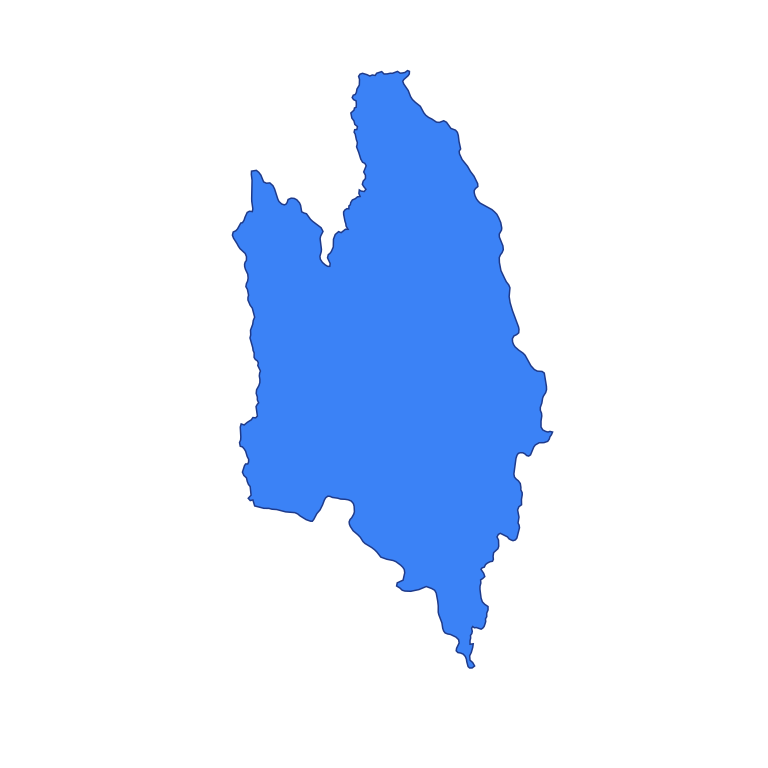 outline of Corinto, Minas Gerais, Brazil, rotated 158°
{"feature_id": "56859067B40902909569794", "entity_name": "Corinto", "entity_type": "district", "adm_level": 2, "iso_a3": "BRA", "parent_name": "Brazil", "parent_adm1": "Minas Gerais", "projection": "equal_earth", "projection_center": [-44.609, -18.312], "detail": "fine", "context": "isolated", "style": "filled", "palette": "blue", "viewbox_px": 768, "rotation_deg": 158, "n_neighbors": 0, "source": "geoboundaries", "source_scale": "gbopen_adm2", "svg_char_len": 6150}
<svg xmlns="http://www.w3.org/2000/svg" viewBox="0 0 768 768"><g transform="rotate(158 384 384)"><path d="M448.0,192.0L445.7,188.9L444.4,186.0L442.2,184.2L436.9,181.8L428.6,180.3L420.7,180.4L416.5,176.6L414.3,173.8L413.9,170.6L415.5,162.7L416.8,158.0L419.2,152.1L419.6,149.6L419.8,140.8L421.1,135.4L421.2,132.6L420.6,130.3L418.5,128.3L416.2,126.9L412.1,122.4L410.6,119.0L411.3,115.8L415.7,111.8L417.0,109.6L416.1,107.3L413.8,105.9L411.7,103.8L410.7,100.9L410.7,97.9L411.3,95.5L411.9,90.5L411.0,88.6L408.6,87.7L405.6,88.6L406.1,92.5L407.7,95.7L406.4,99.9L403.6,102.4L400.3,106.7L398.6,109.7L401.7,110.5L400.4,113.8L398.8,116.0L398.0,118.5L396.1,119.7L394.8,121.6L394.3,124.7L392.6,125.9L391.5,124.1L389.6,123.6L385.8,120.3L384.0,120.6L382.1,121.6L380.3,123.6L378.7,125.6L377.9,128.2L375.9,129.8L374.6,133.1L372.2,135.5L370.9,138.7L373.2,142.1L374.4,145.2L374.2,149.1L371.9,157.8L370.7,160.6L368.8,163.1L367.8,166.2L365.5,166.6L362.7,167.7L362.5,171.1L363.5,175.9L361.8,176.8L359.6,176.6L357.6,178.5L355.4,179.2L352.3,179.5L349.8,179.0L348.3,180.4L347.4,183.4L345.5,186.6L340.1,188.6L338.4,190.6L336.3,196.4L336.5,199.9L334.3,201.7L332.1,202.0L326.8,196.0L326.1,193.6L324.8,192.0L323.1,190.4L320.6,190.2L318.5,191.4L312.2,200.0L311.6,202.6L311.8,204.9L308.7,210.0L307.3,217.2L304.9,219.7L301.7,220.5L299.8,225.5L297.4,229.4L296.6,231.5L296.8,234.6L295.8,236.9L294.9,240.7L295.7,243.9L297.0,246.2L297.9,248.8L297.3,251.9L289.5,265.6L287.4,268.1L285.4,269.4L283.3,269.2L281.0,268.2L279.5,266.4L278.5,264.2L276.9,263.0L274.7,263.4L268.7,269.5L266.5,270.8L262.1,271.4L257.7,269.7L253.7,269.5L251.4,271.0L249.9,272.9L247.8,274.2L245.7,276.3L247.9,277.9L249.9,278.0L251.9,279.5L254.0,282.0L254.5,285.3L252.3,290.8L249.7,295.2L248.9,297.9L248.9,301.1L247.8,303.8L244.8,307.2L242.2,311.5L240.8,313.0L237.3,315.5L235.4,317.9L234.3,320.9L231.3,334.1L232.7,336.4L237.0,338.5L239.2,341.1L241.0,346.0L242.4,357.8L243.5,360.5L246.5,365.1L248.6,369.4L249.1,372.1L249.0,374.9L248.0,377.9L245.5,379.9L242.5,380.1L239.9,381.0L238.4,384.0L237.9,386.4L237.4,404.1L236.6,412.2L235.2,418.2L231.2,426.0L231.2,429.1L232.3,433.0L232.6,436.7L233.1,445.4L231.5,453.4L229.8,458.0L227.7,460.1L225.4,461.5L223.1,463.8L222.0,467.5L222.0,477.0L221.0,479.8L217.4,482.7L216.4,484.5L215.3,489.9L215.4,495.4L215.8,499.1L217.0,502.1L218.6,505.3L227.1,515.7L228.1,518.0L228.9,520.8L229.1,524.6L228.7,527.5L227.9,529.6L225.9,531.0L223.0,531.9L222.1,534.7L222.7,543.0L224.2,548.6L225.0,554.6L227.5,562.8L227.8,569.1L227.1,571.7L224.9,573.2L223.6,580.7L222.0,586.6L221.7,589.9L222.6,592.6L226.2,595.9L228.0,603.3L230.0,605.7L234.6,605.8L237.2,607.1L240.4,611.8L242.8,614.5L244.6,617.5L245.5,620.6L246.3,627.9L249.4,633.4L251.1,637.2L251.7,640.5L251.6,647.0L253.3,654.8L253.2,657.7L251.5,658.9L246.2,660.8L244.4,662.0L243.3,664.3L244.8,665.8L247.8,665.0L250.5,665.5L252.5,666.1L254.4,668.8L259.8,668.9L261.8,669.8L264.8,670.3L267.8,671.4L269.1,674.5L274.4,674.9L276.6,673.4L279.1,674.9L281.8,674.9L283.9,677.2L287.5,680.1L290.1,680.3L292.3,678.8L292.6,675.6L294.9,670.4L298.6,667.6L300.4,664.7L302.2,663.2L304.3,663.3L306.2,661.5L305.7,659.1L303.8,656.9L304.9,653.6L306.2,651.0L308.0,651.0L309.2,649.2L313.2,647.7L314.2,642.6L313.3,639.2L313.8,635.6L312.2,632.6L313.9,630.1L315.9,630.8L317.4,628.7L317.1,626.4L318.1,620.9L318.2,618.1L319.2,616.1L320.6,614.2L320.7,608.1L321.3,601.2L320.8,597.7L319.1,595.7L318.8,593.0L323.4,588.2L323.0,584.5L324.2,581.5L327.3,579.9L329.3,577.3L328.8,574.4L327.8,571.3L330.2,569.9L332.9,571.4L334.2,573.2L335.9,570.1L335.9,566.8L338.4,567.5L341.2,566.6L344.4,566.5L346.9,564.7L348.1,562.8L349.8,562.3L351.0,559.6L352.7,560.5L355.1,560.0L357.0,558.7L357.9,556.3L359.2,549.6L359.4,546.8L360.0,544.7L359.4,540.9L361.8,541.9L367.1,540.4L369.0,542.3L373.2,540.9L376.6,537.2L379.7,530.0L383.2,526.6L385.1,525.4L387.2,524.8L389.1,522.2L388.8,515.8L390.2,513.4L392.1,514.1L393.9,516.5L395.6,519.9L396.3,523.5L395.6,526.4L392.6,530.2L391.6,532.2L388.8,542.7L387.4,544.8L383.4,548.3L383.8,552.5L389.2,561.5L390.5,564.3L392.1,570.9L394.1,572.5L395.8,574.5L394.4,581.0L394.5,583.6L395.8,587.4L397.7,589.7L400.5,591.1L403.8,591.0L405.8,588.6L407.4,587.5L409.3,587.4L411.5,589.3L413.0,592.5L413.2,595.0L412.4,605.8L412.7,609.5L414.5,613.2L417.8,614.2L419.9,616.5L419.9,623.8L420.8,627.1L422.3,629.9L427.1,631.0L428.5,628.0L430.0,622.4L437.3,605.3L438.2,602.8L440.0,595.5L441.5,593.2L444.1,594.6L446.6,594.3L450.4,590.7L452.5,588.2L454.8,586.6L456.5,586.9L461.8,582.6L464.0,581.6L466.9,581.4L468.8,578.8L468.9,575.6L467.7,569.1L467.4,566.2L466.8,563.4L463.8,557.0L463.8,553.6L465.3,550.1L467.1,549.0L468.4,547.3L469.2,545.1L469.5,542.5L469.2,536.8L470.3,533.1L472.0,530.4L473.9,528.7L475.6,526.0L475.2,522.8L476.3,517.1L477.7,515.2L478.7,512.8L478.6,507.1L477.7,503.7L478.9,494.4L481.4,491.9L483.4,488.5L487.6,483.9L489.2,479.4L491.0,476.9L492.1,466.8L492.8,464.2L492.7,461.6L494.5,457.3L494.1,454.9L492.8,453.0L492.6,450.7L494.1,448.4L493.7,442.3L495.2,440.7L496.6,438.2L497.4,434.6L498.6,431.8L500.6,429.4L504.3,426.4L506.0,423.2L506.3,419.4L507.4,416.7L507.3,413.5L509.1,412.6L511.1,411.0L513.4,401.7L515.7,400.7L518.1,402.0L520.5,400.5L525.0,399.7L529.0,398.4L531.4,400.5L533.4,397.9L536.6,388.5L537.9,385.8L539.9,383.8L540.6,380.1L538.8,378.7L537.9,376.0L537.5,373.4L538.0,368.0L537.7,364.9L538.8,362.4L540.3,360.9L542.3,361.7L544.0,360.5L548.3,355.3L548.2,351.7L546.7,348.5L547.3,344.8L547.3,341.6L546.5,339.1L548.9,330.7L552.7,328.9L551.7,326.0L549.0,325.6L549.6,319.4L541.9,313.7L537.3,311.8L534.8,309.9L530.5,307.8L523.1,302.3L514.8,298.1L512.7,295.9L511.2,293.1L507.0,287.4L503.6,284.4L501.9,283.6L499.9,284.7L494.8,289.0L490.5,291.2L486.3,294.9L482.7,298.8L480.6,300.4L478.0,301.0L476.1,300.0L474.4,298.2L469.7,295.5L467.4,293.6L463.3,291.7L460.5,290.0L458.2,287.7L457.2,284.6L457.5,281.8L459.3,276.6L460.8,274.7L464.0,272.1L466.2,271.1L468.0,269.2L468.6,267.0L468.6,264.5L467.6,259.5L464.7,254.0L463.4,250.8L462.5,245.8L461.4,243.3L456.6,236.9L454.8,233.8L453.5,230.7L451.8,224.7L447.1,220.5L441.6,216.9L439.5,214.8L436.4,209.8L435.2,207.0L434.7,204.4L435.5,201.2L439.8,195.0L446.2,194.7L448.0,192.0Z" fill="#3b82f6" stroke="#1e3a8a" stroke-width="1.5"/></g></svg>